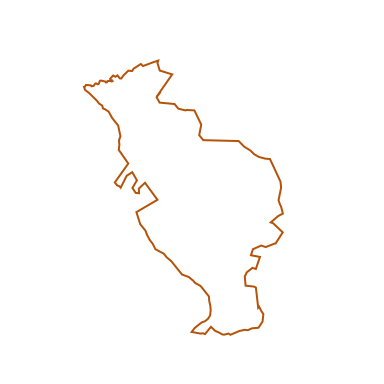 Mikang, Plateau, Nigeria, rotated 54°
{"feature_id": "59680162B72495617993590", "entity_name": "Mikang", "entity_type": "district", "adm_level": 2, "iso_a3": "NGA", "parent_name": "Nigeria", "parent_adm1": "Plateau", "projection": "orthographic", "projection_center": [9.594, 9.02], "detail": "fine", "context": "isolated", "style": "outline", "palette": "amber", "viewbox_px": 384, "rotation_deg": 54, "n_neighbors": 0, "source": "geoboundaries", "source_scale": "gbopen_adm2", "svg_char_len": 2222}
<svg xmlns="http://www.w3.org/2000/svg" viewBox="0 0 384 384"><g transform="rotate(54 192 192)"><path d="M305.0,274.5L311.4,268.5L312.8,266.1L314.6,265.0L312.2,255.9L317.9,254.9L321.9,252.6L324.9,251.3L326.3,249.9L328.0,245.7L330.1,244.8L332.4,235.0L333.4,233.0L334.2,230.7L336.6,228.1L337.5,223.7L340.9,218.0L338.3,211.1L332.7,206.0L329.1,205.9L324.3,205.1L324.6,206.5L306.9,196.5L305.0,197.4L299.3,203.7L291.4,199.0L289.2,195.0L288.9,187.7L291.8,185.6L288.7,181.2L284.5,175.2L277.8,181.5L274.1,176.3L276.0,167.5L279.9,164.7L282.4,155.0L282.8,154.7L278.0,142.3L264.8,144.8L262.9,146.2L262.1,136.4L262.9,131.2L256.7,128.7L253.3,128.0L249.5,126.8L240.9,117.4L235.6,114.3L211.5,109.6L211.2,109.5L208.0,113.2L202.9,117.3L198.0,119.5L192.6,120.4L186.2,123.1L178.2,124.3L156.7,152.4L150.3,152.8L142.9,144.9L127.4,142.1L122.5,148.1L122.2,149.3L116.5,154.1L110.6,154.4L100.6,165.7L94.5,164.9L93.4,161.3L93.2,161.9L85.2,138.9L74.8,146.7L67.3,144.1L65.8,142.1L64.2,147.2L62.4,153.7L61.2,157.7L58.4,158.1L58.0,164.7L57.9,166.6L58.9,169.4L56.4,172.2L56.9,175.3L57.3,178.5L58.6,182.5L57.7,183.6L53.8,183.8L53.8,186.2L51.4,187.3L52.3,191.7L53.4,192.2L54.7,191.0L55.6,191.1L55.4,192.0L54.1,192.8L52.6,195.2L53.2,196.3L52.9,197.2L51.6,197.3L48.3,200.2L47.9,201.1L49.7,203.9L49.5,204.9L47.6,205.9L47.5,207.0L48.3,209.2L47.4,211.2L46.3,211.1L43.1,214.8L44.0,217.1L43.6,217.6L46.6,218.5L51.4,217.1L62.2,215.3L65.9,215.2L69.4,213.8L71.9,214.9L74.3,213.6L77.9,212.2L85.2,213.1L90.0,212.9L94.9,212.7L102.3,216.0L104.8,217.1L107.3,220.7L111.1,223.0L114.9,226.5L131.5,226.8L138.9,248.8L142.5,248.7L144.9,247.3L146.6,247.2L140.5,235.3L140.8,228.7L150.2,229.7L153.7,237.8L159.6,238.1L161.8,235.6L158.0,232.9L156.9,224.6L162.3,224.6L162.6,224.6L178.0,224.5L175.6,248.8L187.6,252.8L191.2,252.6L196.1,252.4L199.7,253.4L199.7,253.5L205.9,254.4L210.7,254.2L216.8,255.2L222.7,252.4L225.1,251.1L229.9,250.9L235.9,249.4L244.4,249.0L244.7,249.0L250.5,248.7L252.9,248.6L258.8,244.6L264.7,243.1L267.2,243.0L273.1,240.3L276.7,240.1L281.6,239.9L286.4,239.7L290.1,242.0L295.1,244.2L298.8,246.5L300.1,247.7L302.6,250.0L304.0,253.7L304.2,257.3L303.2,261.1L303.3,263.5L303.6,269.7L304.3,272.1L305.0,274.5Z" fill="none" stroke="#b45309" stroke-width="2"/></g></svg>